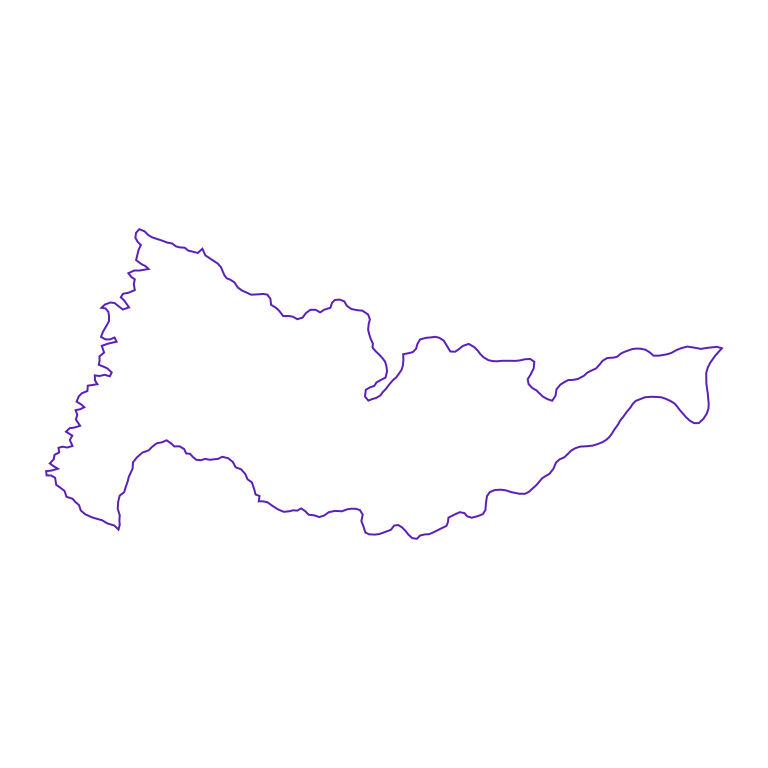 Paineiras, Minas Gerais, Brazil
{"feature_id": "56859067B75073626302376", "entity_name": "Paineiras", "entity_type": "district", "adm_level": 2, "iso_a3": "BRA", "parent_name": "Brazil", "parent_adm1": "Minas Gerais", "projection": "orthographic", "projection_center": [-45.479, -18.904], "detail": "fine", "context": "isolated", "style": "outline", "palette": "violet", "viewbox_px": 768, "rotation_deg": 0, "n_neighbors": 0, "source": "geoboundaries", "source_scale": "gbopen_adm2", "svg_char_len": 5345}
<svg xmlns="http://www.w3.org/2000/svg" viewBox="0 0 768 768"><path d="M721.9,348.3L716.9,346.8L712.5,347.3L706.8,347.9L701.0,348.9L697.3,348.2L692.8,347.4L687.3,346.6L681.4,348.1L676.2,350.2L671.5,352.9L667.5,354.2L662.9,355.0L658.9,355.7L653.5,355.7L649.5,352.2L645.4,349.7L640.5,348.7L636.0,348.6L632.2,349.1L627.9,350.6L624.1,352.0L620.7,353.7L617.2,356.7L613.6,357.6L607.3,358.0L602.7,360.7L599.4,364.8L596.1,368.4L591.6,370.5L587.2,372.7L583.9,375.8L577.9,379.0L572.8,379.9L568.2,380.1L564.5,382.0L560.4,384.6L556.5,389.3L555.5,395.8L552.2,400.7L547.6,399.2L543.0,396.7L539.8,393.7L536.3,390.3L532.3,388.0L528.6,384.1L527.7,379.2L530.5,374.7L533.7,368.3L534.3,361.8L530.3,359.0L525.5,359.2L519.3,360.5L515.1,360.9L511.3,360.8L507.5,360.8L502.3,360.8L497.0,361.3L492.9,361.1L488.5,360.2L483.7,357.4L480.3,354.1L477.9,350.8L474.4,347.2L468.7,343.9L462.9,345.9L458.9,349.1L455.2,351.7L450.3,351.5L447.6,347.0L443.7,340.6L439.3,337.8L435.3,336.8L431.0,337.4L426.1,337.8L420.0,339.5L417.3,344.2L416.1,348.8L412.8,352.1L407.7,353.4L403.2,354.2L403.4,360.4L402.8,365.8L401.6,369.7L399.0,373.6L396.2,377.4L392.9,380.2L389.3,384.4L385.9,388.9L382.8,392.1L380.2,395.6L376.2,397.9L371.9,399.2L368.4,400.6L365.0,396.6L365.8,389.8L370.1,387.3L374.3,385.9L376.4,382.5L381.2,379.8L385.5,377.6L387.1,371.2L386.3,365.7L385.1,361.7L382.6,358.3L379.6,355.0L376.0,351.6L372.5,347.6L372.9,343.7L370.3,337.8L369.1,333.8L368.1,329.7L368.7,324.0L369.9,319.4L368.1,314.5L362.5,310.7L356.8,310.1L351.4,309.0L346.9,305.9L344.3,301.4L339.8,299.6L334.8,300.0L332.0,302.9L330.4,307.8L324.2,309.7L320.1,312.4L315.7,309.8L310.4,309.8L305.9,313.1L302.6,317.6L297.3,319.2L292.9,316.7L288.8,316.0L283.2,316.1L279.5,311.2L276.5,308.2L271.1,304.8L270.4,298.8L267.4,294.7L263.4,293.9L258.5,294.3L251.1,294.7L246.6,292.6L242.0,290.5L237.8,287.5L234.5,282.4L230.1,279.6L226.7,278.3L224.4,275.3L222.7,271.3L221.0,267.3L217.8,263.6L211.5,259.5L205.3,255.3L202.4,248.8L197.7,253.0L192.1,251.5L188.4,250.7L184.7,247.7L179.9,247.4L176.0,246.4L172.2,243.5L167.0,242.5L161.5,240.4L155.9,238.6L152.3,237.4L148.3,235.1L144.7,231.4L139.3,229.2L136.0,232.9L135.4,237.9L137.8,242.0L140.9,245.1L138.7,249.6L137.2,255.4L136.1,260.1L141.4,264.1L145.3,266.0L148.6,269.0L139.7,270.5L134.2,270.5L128.4,273.2L131.2,276.9L134.8,279.3L133.8,284.2L134.8,290.1L128.6,292.7L123.0,293.8L120.8,297.3L124.4,300.7L129.0,307.4L122.9,309.5L118.7,306.3L114.5,303.0L110.4,302.5L105.0,304.5L101.4,307.8L105.6,308.5L108.4,311.9L109.1,317.0L108.9,321.4L106.2,326.2L103.0,331.7L101.0,336.9L105.5,339.4L110.1,339.4L114.5,337.5L116.6,341.7L107.9,343.7L101.8,345.8L104.1,352.6L99.4,356.4L99.6,360.3L98.8,364.8L103.2,366.5L107.3,368.4L111.7,372.4L109.9,376.3L104.7,374.8L99.5,376.0L94.8,375.4L95.0,380.4L97.4,384.2L87.8,385.7L87.4,391.0L81.9,393.2L78.8,396.4L76.6,401.6L81.3,404.5L84.3,407.2L80.3,409.2L75.6,410.2L77.3,414.7L75.9,419.6L80.1,425.8L73.9,427.7L69.8,428.1L66.0,431.7L72.3,435.6L69.8,440.0L72.5,446.0L67.3,447.5L62.6,446.7L58.5,447.8L59.2,452.4L54.5,454.8L53.8,459.2L49.8,463.4L53.5,466.1L57.9,468.7L51.7,470.5L46.1,471.2L46.6,475.4L51.1,475.5L55.1,477.8L56.2,484.8L60.2,487.6L64.5,490.9L66.5,496.8L72.5,498.7L75.3,501.9L79.0,505.1L80.8,510.5L85.4,514.4L92.2,517.4L97.2,518.9L102.0,520.2L107.3,523.4L114.3,525.5L118.5,529.6L119.7,524.9L119.4,520.6L119.7,515.1L117.7,508.7L118.2,501.6L119.7,495.6L124.2,492.2L125.6,487.3L127.6,481.7L128.8,476.8L130.6,473.0L132.6,468.6L133.0,462.4L136.6,457.7L142.2,452.7L148.9,450.2L152.1,446.8L156.8,443.3L162.0,442.3L166.6,440.3L170.9,443.2L174.3,446.4L179.5,446.3L184.2,449.1L186.1,453.4L190.2,453.9L192.8,456.9L196.3,459.8L200.7,460.2L205.2,458.9L210.0,459.8L214.0,459.3L217.9,458.9L222.3,456.8L228.1,458.2L232.8,461.9L235.6,467.2L241.2,469.4L245.5,474.3L247.5,479.3L251.8,482.3L254.2,489.1L255.6,494.5L259.5,496.0L258.8,501.3L262.7,501.3L267.3,502.2L272.4,505.8L278.0,509.4L283.7,511.8L289.2,511.3L293.1,510.3L297.2,510.6L301.2,508.4L305.4,511.3L308.6,514.7L314.6,515.4L319.2,517.1L324.0,515.6L328.8,512.2L335.0,510.9L341.9,511.3L347.0,509.4L351.0,508.7L356.2,508.8L360.0,510.2L362.7,514.7L361.4,521.1L363.7,527.1L365.3,532.4L369.0,534.3L374.5,534.6L379.2,534.1L385.0,532.0L390.9,529.8L394.1,525.6L398.3,525.0L402.2,527.5L405.7,531.2L408.4,534.6L412.2,538.1L416.9,538.8L420.1,535.5L424.9,534.4L429.1,534.2L434.2,532.0L440.8,528.6L446.5,525.9L447.9,522.2L448.5,517.6L454.4,514.6L459.8,512.2L464.5,513.1L466.9,516.1L471.6,517.7L477.4,516.3L482.9,514.1L485.4,510.1L485.9,503.9L486.4,499.9L487.0,496.1L489.7,492.2L494.9,490.0L500.7,489.7L505.6,490.3L511.6,492.2L519.1,493.7L525.0,493.8L529.0,491.8L532.2,488.8L535.7,485.8L538.7,482.4L541.7,478.7L545.3,476.2L549.5,473.8L553.4,468.8L556.0,462.6L559.5,459.4L564.3,457.3L567.9,453.9L571.4,450.4L575.6,448.1L580.2,446.6L587.2,446.2L592.7,445.6L597.5,444.1L602.4,442.2L606.3,439.8L609.3,437.1L611.9,433.6L614.5,429.4L617.9,424.7L620.2,420.5L623.0,417.1L626.9,411.7L630.4,407.6L632.6,404.1L635.7,400.9L640.8,398.9L644.8,397.3L651.1,396.8L655.4,396.9L661.4,397.3L666.2,399.0L670.7,401.1L674.8,403.7L677.3,406.7L679.5,409.7L682.5,413.1L686.0,417.2L690.0,420.8L694.0,423.1L698.8,423.1L703.3,418.9L706.7,413.8L708.5,408.4L708.7,403.5L708.2,398.6L707.8,393.9L706.9,387.5L706.3,382.8L706.3,378.8L706.2,373.0L707.8,367.5L710.4,362.4L712.9,359.0L715.2,355.7L718.3,352.2L721.9,348.3Z" fill="none" stroke="#5b21b6" stroke-width="2"/></svg>